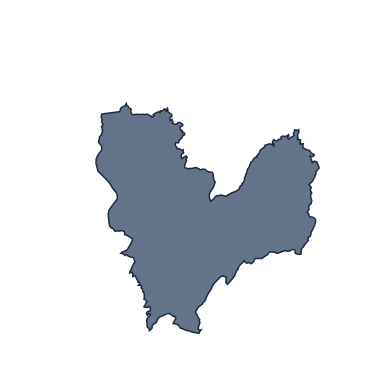 the district of Cruz Alta, Rio Grande do Sul, Brazil, rotated 230°
{"feature_id": "56859067B45704163828292", "entity_name": "Cruz Alta", "entity_type": "district", "adm_level": 2, "iso_a3": "BRA", "parent_name": "Brazil", "parent_adm1": "Rio Grande do Sul", "projection": "natural_earth1", "projection_center": [-53.567, -28.718], "detail": "fine", "context": "isolated", "style": "filled", "palette": "slate", "viewbox_px": 384, "rotation_deg": 230, "n_neighbors": 0, "source": "geoboundaries", "source_scale": "gbopen_adm2", "svg_char_len": 6008}
<svg xmlns="http://www.w3.org/2000/svg" viewBox="0 0 384 384"><g transform="rotate(230 192 192)"><path d="M74.3,235.9L75.7,236.5L76.6,237.9L78.0,238.9L78.5,242.5L79.2,244.1L80.1,250.0L82.2,251.1L82.2,254.5L83.5,256.4L84.5,257.2L85.3,259.2L85.9,260.8L88.1,265.1L89.8,267.6L91.3,268.8L93.3,269.1L95.3,268.2L97.3,266.3L99.1,266.6L100.6,267.5L102.4,266.9L103.5,270.5L105.0,271.6L106.4,272.5L106.6,275.9L108.4,278.3L110.8,279.1L113.3,280.7L114.3,283.1L117.2,283.7L119.0,286.4L121.0,286.4L122.5,286.6L122.7,290.7L124.1,294.6L125.8,297.7L126.5,298.9L127.8,299.3L127.9,301.2L128.4,303.1L128.7,304.8L130.4,305.6L131.9,305.9L134.9,306.9L137.1,305.5L137.3,303.1L141.5,304.7L143.7,305.5L142.0,306.4L141.2,308.3L142.1,309.6L145.5,308.4L148.2,308.8L149.8,307.3L151.7,306.7L154.5,305.4L156.5,306.9L157.4,308.2L159.4,305.6L160.4,307.0L162.3,308.6L164.4,306.6L165.4,308.3L167.0,308.4L168.4,310.5L169.1,312.3L171.2,313.8L171.3,312.1L172.5,311.6L173.7,310.5L172.5,309.3L171.4,306.8L169.7,306.7L169.7,304.6L170.3,303.3L170.4,301.5L170.7,299.9L172.4,300.2L172.6,302.1L173.9,302.9L174.0,300.4L175.3,298.4L176.5,297.5L177.0,295.6L175.3,294.3L176.6,292.0L176.6,289.8L178.1,288.8L179.6,288.1L178.8,286.1L177.6,285.1L176.0,285.4L174.6,284.4L176.6,283.8L178.5,283.0L179.6,281.3L180.1,279.6L180.9,278.1L179.8,276.3L180.2,273.4L180.1,271.4L179.4,269.8L178.6,268.5L178.3,266.5L177.9,264.9L177.0,263.9L178.0,262.8L177.5,259.5L176.8,258.1L177.0,256.2L176.1,255.1L175.4,253.4L174.3,251.5L173.7,248.9L172.3,247.5L171.6,246.0L170.7,244.2L169.6,242.8L169.1,241.3L167.5,240.0L166.4,237.9L166.4,235.8L165.3,234.5L165.5,232.9L164.7,231.0L163.8,229.6L164.2,226.9L164.8,224.5L165.6,222.7L165.9,221.0L166.5,218.6L166.7,216.2L167.8,214.5L169.7,213.3L170.9,212.3L171.8,210.6L173.0,209.1L173.5,206.9L172.9,205.0L172.8,202.7L173.0,200.4L174.6,201.0L176.3,201.5L177.9,202.7L179.3,204.2L180.0,205.3L181.0,208.3L181.5,210.7L183.4,214.0L184.1,215.3L185.0,216.3L187.0,216.4L188.9,217.5L190.8,218.8L192.3,219.8L194.1,220.3L195.5,218.8L196.6,217.9L198.3,216.9L200.1,216.9L201.3,216.3L202.6,214.9L203.7,212.6L205.3,212.3L206.4,211.5L208.1,210.9L209.3,208.8L210.3,206.6L211.5,205.8L211.7,204.3L213.3,203.4L215.0,202.2L216.3,202.6L218.4,205.4L219.1,207.5L221.1,208.7L221.6,210.5L223.3,210.7L224.0,208.9L223.9,207.4L224.1,205.8L225.4,206.0L226.8,207.1L227.6,208.9L227.3,210.6L228.8,211.3L230.0,212.4L230.4,210.8L231.9,210.7L233.2,210.1L234.6,208.4L235.9,209.1L237.5,209.1L239.1,209.6L240.3,211.2L239.3,212.3L238.3,213.5L239.7,215.1L239.9,217.3L240.1,219.7L241.3,221.6L240.5,223.1L241.7,224.0L243.0,224.0L244.1,222.7L245.3,224.1L246.4,223.1L248.1,223.6L249.5,224.3L249.0,225.9L248.8,227.5L249.8,228.4L251.8,227.9L253.1,227.3L254.2,225.9L253.7,224.2L254.6,222.7L257.3,220.8L257.8,222.4L259.3,222.7L260.5,223.4L260.8,221.2L262.0,222.0L263.5,223.2L262.8,224.9L264.4,226.3L266.2,225.7L267.7,225.5L269.4,225.0L270.6,226.5L271.9,227.0L271.0,224.2L272.4,224.9L273.5,224.0L273.1,222.4L273.5,220.7L274.6,220.0L273.4,218.6L275.1,217.8L276.0,214.2L276.1,211.8L274.6,212.0L274.9,209.5L276.8,209.4L278.9,208.3L280.5,207.8L281.0,206.4L282.3,205.3L284.8,202.0L287.3,199.4L288.9,196.5L291.1,196.0L292.8,196.6L294.5,198.7L296.7,197.8L298.6,198.2L300.3,197.7L302.0,198.6L301.0,195.9L301.8,194.0L302.1,191.8L301.5,190.4L299.9,188.4L309.7,173.1L308.4,171.1L307.0,170.3L305.2,169.8L304.2,168.4L302.7,167.5L300.8,167.3L300.2,164.5L298.6,164.2L297.4,163.0L295.8,162.8L295.3,161.1L294.0,159.1L293.5,156.2L292.2,155.4L291.1,153.3L289.8,152.3L285.8,152.2L284.1,151.6L282.8,150.3L281.8,148.7L281.5,146.1L280.9,144.5L280.3,142.6L278.8,139.8L275.7,136.9L268.5,133.4L257.6,134.4L252.0,134.6L250.0,134.3L248.1,133.9L244.3,133.5L240.5,133.6L238.0,133.0L235.0,130.5L234.2,128.6L233.8,126.0L233.2,123.4L231.5,117.0L229.3,113.9L226.8,112.1L222.4,109.1L220.7,108.0L218.6,107.1L216.7,106.9L215.6,107.6L214.2,108.2L212.6,107.6L211.1,108.0L210.6,109.5L209.0,110.8L207.2,114.0L204.3,114.5L202.7,113.0L200.1,114.5L194.4,116.3L192.5,113.8L189.4,105.3L189.6,103.5L190.9,99.7L190.7,98.1L189.5,99.4L187.8,99.9L186.4,99.9L186.1,101.8L184.2,101.8L182.1,102.8L180.4,104.3L179.0,105.0L176.5,103.8L175.1,103.4L174.6,101.1L173.3,98.5L172.5,96.5L171.5,95.4L171.3,93.9L170.0,92.2L169.1,94.4L167.5,94.4L165.2,92.3L164.6,94.6L163.3,94.4L161.9,93.9L160.1,93.6L157.4,92.6L156.7,93.7L155.1,92.9L155.0,91.1L153.5,92.7L152.1,92.8L151.3,91.4L149.6,91.8L147.5,90.2L145.3,90.3L141.9,87.8L140.6,86.2L138.8,87.3L137.5,87.3L135.7,83.9L135.0,81.4L133.1,82.7L132.0,83.9L131.8,85.9L130.1,85.7L127.8,83.8L128.2,82.3L129.0,81.0L128.4,79.1L126.4,78.5L126.4,80.4L125.4,81.7L124.3,80.0L124.5,78.2L123.8,76.3L122.9,74.7L119.9,72.9L117.9,71.1L116.5,71.0L115.1,71.4L113.2,70.2L113.1,72.0L113.5,74.3L114.9,75.1L115.4,77.2L115.1,79.2L115.2,81.2L116.0,82.6L116.7,84.6L117.1,86.8L116.5,88.9L115.7,90.5L115.5,92.0L115.1,93.5L114.6,95.1L113.5,96.3L112.1,97.0L108.8,97.7L107.6,98.9L105.5,98.4L103.5,93.0L101.7,94.4L100.2,95.6L98.5,95.8L96.9,95.9L95.2,95.7L93.5,96.6L92.4,97.5L91.0,97.9L87.9,100.1L86.2,101.4L84.5,101.9L83.2,103.2L82.2,104.1L80.6,105.2L79.2,106.5L80.0,107.9L80.6,110.4L81.5,108.6L83.4,109.1L85.0,110.9L86.1,113.0L87.0,114.3L88.4,114.6L89.3,115.9L91.2,116.0L93.2,116.3L94.7,117.0L97.5,117.1L98.3,118.9L99.7,122.7L99.5,127.8L100.1,129.6L100.3,131.5L100.8,133.0L101.6,134.4L102.4,135.7L102.9,137.1L104.2,140.4L104.8,142.8L105.7,145.0L106.7,146.9L107.5,149.3L108.0,151.2L108.3,156.1L108.8,157.9L108.6,159.7L108.1,161.8L106.4,162.3L105.1,163.5L102.5,161.3L101.3,160.0L98.5,159.7L98.8,162.9L99.4,165.9L99.5,167.7L100.3,169.0L100.2,170.5L102.9,174.9L103.1,177.2L104.9,180.3L105.3,182.5L105.4,185.5L105.9,187.9L104.3,187.6L102.0,188.4L101.4,190.3L99.0,191.2L98.9,192.8L99.1,194.7L99.9,196.0L100.4,197.6L97.8,200.9L96.2,202.6L96.0,205.1L95.8,207.5L95.4,209.2L95.8,210.8L96.3,212.7L95.1,214.2L93.7,215.6L92.3,216.9L91.0,217.3L90.1,218.2L89.3,220.1L87.4,225.6L86.0,226.5L84.8,227.6L83.9,229.3L83.5,232.0L81.7,233.5L80.2,233.2L79.4,231.9L78.1,231.9L76.3,233.1L75.0,234.4L74.3,235.9Z" fill="#64748b" stroke="#1e293b" stroke-width="1.5"/></g></svg>